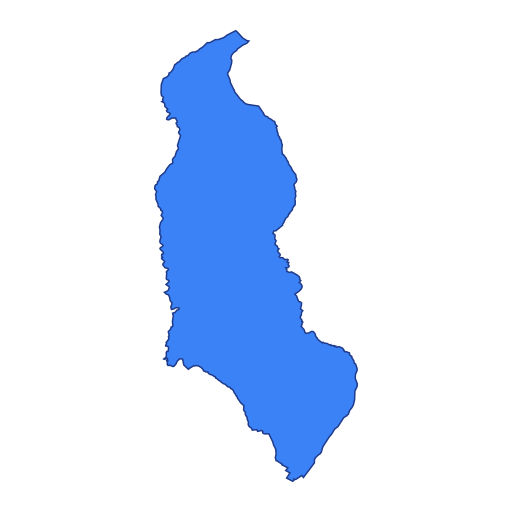 outline of Schela, Gorj, Romania
{"feature_id": "2599482B25991908256991", "entity_name": "Schela", "entity_type": "district", "adm_level": 2, "iso_a3": "ROU", "parent_name": "Romania", "parent_adm1": "Gorj", "projection": "natural_earth1", "projection_center": [23.303, 45.212], "detail": "fine", "context": "isolated", "style": "filled", "palette": "blue", "viewbox_px": 512, "rotation_deg": 0, "n_neighbors": 0, "source": "geoboundaries", "source_scale": "gbopen_adm2", "svg_char_len": 6076}
<svg xmlns="http://www.w3.org/2000/svg" viewBox="0 0 512 512"><path d="M303.4,477.5L314.4,462.9L314.4,460.0L315.4,457.8L318.0,455.2L320.4,453.5L321.4,451.9L322.4,448.1L323.2,446.2L329.3,436.8L331.9,433.7L334.6,429.1L338.0,426.6L343.7,417.6L346.1,416.2L348.3,414.2L349.7,410.4L352.0,407.5L353.4,404.8L354.6,399.6L354.9,391.0L357.1,386.5L357.3,383.8L355.2,378.2L355.5,374.2L357.1,370.5L357.1,368.6L355.6,364.0L354.2,363.1L353.9,360.9L351.8,357.5L351.9,356.6L349.5,354.6L349.5,352.9L346.8,351.9L344.9,351.7L344.1,350.5L343.6,350.5L343.7,349.7L342.7,348.3L340.3,347.1L338.7,346.6L336.7,347.2L335.8,346.7L335.8,346.2L334.7,346.6L333.9,346.0L334.1,345.7L331.0,345.4L330.8,344.7L330.0,345.1L326.9,343.4L324.5,343.2L323.1,342.3L322.7,342.8L321.9,342.6L317.9,339.5L316.9,337.6L315.9,336.7L314.9,333.4L313.1,331.5L311.6,331.4L308.6,333.0L306.2,333.3L304.7,332.3L304.7,331.4L304.0,329.6L301.2,326.3L302.1,324.2L302.0,323.1L302.8,322.3L302.4,321.3L301.8,321.3L301.6,319.5L300.6,318.5L300.2,317.0L300.4,316.3L301.2,315.6L301.6,312.2L302.8,310.7L300.5,308.8L301.4,305.2L301.6,303.1L300.8,302.2L298.5,301.2L296.6,296.1L294.9,294.1L299.2,291.1L301.3,288.9L302.2,286.7L301.8,285.2L300.6,283.5L299.2,282.3L300.8,280.7L299.7,279.4L299.9,278.5L299.3,276.8L296.9,274.8L291.6,271.9L289.5,272.4L286.8,271.5L286.9,269.9L285.8,267.8L287.8,267.7L289.1,266.4L289.0,265.5L288.0,264.3L288.8,262.5L287.0,262.0L288.2,259.8L287.2,259.3L284.7,259.6L282.8,257.7L280.0,257.6L279.2,256.9L280.1,255.3L280.1,254.2L278.0,251.9L277.6,250.5L279.0,248.9L278.1,248.6L277.2,246.1L275.1,244.5L275.2,243.2L276.1,240.7L274.7,238.9L275.1,235.4L274.6,234.4L273.0,233.6L273.1,232.6L274.0,230.9L276.0,230.7L282.6,225.2L282.7,223.9L283.7,222.7L285.5,218.6L287.9,216.4L288.8,214.0L289.6,213.7L289.6,212.9L292.3,209.9L292.5,208.6L293.8,206.0L294.4,205.9L294.9,205.1L295.3,203.9L295.1,202.3L295.3,201.1L294.8,198.8L295.8,196.1L295.4,193.0L295.9,191.4L294.7,189.0L294.7,187.4L294.0,185.8L294.3,184.0L296.3,181.8L296.7,180.3L296.9,179.5L295.9,176.2L295.9,174.9L292.3,170.2L291.1,167.4L288.6,164.0L288.2,162.0L286.8,160.0L286.3,158.4L283.4,154.6L282.4,154.1L281.8,149.4L282.3,144.5L281.7,143.5L281.2,140.5L280.5,139.2L279.7,138.7L279.6,137.2L278.2,135.3L277.9,133.1L277.3,131.8L276.7,128.4L276.2,127.4L277.2,126.2L275.1,123.9L275.2,123.2L274.6,121.4L272.9,120.9L272.2,120.1L269.9,118.6L268.3,118.0L267.7,116.9L264.8,115.7L263.9,114.5L263.8,113.7L258.6,106.1L248.0,104.5L245.5,103.7L243.6,102.2L242.8,101.1L240.7,99.6L234.7,91.9L234.2,89.9L233.4,88.9L230.3,82.3L230.1,80.1L228.0,75.3L227.6,73.0L229.7,70.1L231.6,63.0L231.8,60.2L230.8,58.1L231.5,55.3L233.4,52.8L236.7,50.4L237.4,49.0L243.0,45.0L246.9,43.2L248.9,41.0L246.7,40.5L242.7,38.0L237.5,32.2L235.7,30.7L226.9,35.2L224.0,37.5L218.1,39.6L215.4,39.6L209.9,42.6L207.2,42.7L202.5,47.3L200.0,48.7L197.9,50.7L195.1,52.0L192.3,52.1L189.7,53.4L188.0,55.6L186.0,56.1L185.1,57.2L181.7,58.9L179.0,61.9L177.4,62.5L176.5,63.6L174.8,64.6L173.1,69.2L170.9,72.1L169.0,73.1L168.7,75.2L168.1,75.8L166.5,77.2L163.4,78.5L161.3,84.6L161.0,92.7L161.5,95.6L163.0,96.9L163.4,97.8L162.6,99.3L163.1,100.9L161.8,101.6L164.3,103.0L164.6,103.5L164.9,106.5L167.8,109.1L166.5,110.5L166.9,111.4L167.5,112.1L169.7,113.0L170.0,113.6L170.0,114.3L167.0,117.5L166.6,119.2L167.8,119.8L168.9,119.8L172.1,118.0L175.7,118.1L176.0,119.2L177.2,121.1L177.0,122.1L176.2,122.8L176.2,123.8L176.9,124.4L177.3,126.6L179.2,127.6L179.9,129.6L178.6,132.3L178.7,133.0L180.6,135.5L177.6,144.9L177.5,145.7L178.4,148.1L178.2,149.2L176.5,151.4L175.0,156.5L173.5,157.8L172.5,159.5L172.8,163.0L169.8,164.8L166.8,168.6L164.9,172.1L159.9,176.4L158.8,180.7L157.4,181.9L157.4,183.6L156.8,184.4L155.8,184.7L155.0,185.9L154.7,187.9L154.8,189.1L156.0,190.5L156.6,191.8L155.5,194.8L156.0,196.2L155.9,199.1L158.1,204.2L158.2,206.5L159.1,206.9L159.3,207.5L160.6,208.5L160.8,210.3L162.4,211.2L162.4,212.9L161.1,215.4L163.2,218.1L163.0,219.2L160.6,222.5L159.4,227.1L160.0,229.9L159.8,234.4L160.6,235.5L161.0,236.9L160.0,240.3L159.9,242.0L160.4,243.1L163.1,245.3L162.5,246.6L160.6,247.5L160.0,248.3L160.2,249.2L162.9,251.8L163.6,253.1L163.3,253.8L162.1,254.0L161.7,254.6L161.6,256.1L162.6,257.3L161.6,258.0L161.6,258.6L164.6,261.4L164.4,262.4L163.3,263.2L162.8,264.3L162.9,265.0L165.1,267.8L167.9,268.4L168.5,269.4L166.3,271.9L166.7,273.1L166.3,278.6L166.7,279.5L168.5,280.2L169.2,281.5L166.0,284.5L169.0,286.6L169.4,287.5L168.3,290.1L167.6,290.9L164.4,292.3L166.3,294.1L168.4,294.8L169.4,296.8L170.2,300.6L171.9,302.8L171.5,305.3L170.8,306.9L171.4,309.4L173.8,309.0L175.7,307.8L178.9,307.8L179.0,308.1L178.6,309.7L176.8,310.2L175.1,312.4L172.6,313.2L173.3,316.0L172.4,321.5L172.9,325.9L172.0,327.0L171.3,326.9L170.3,329.6L168.3,331.5L169.1,335.6L168.4,336.8L168.8,337.3L168.7,338.8L168.3,340.0L168.0,340.0L166.2,342.5L166.7,342.9L165.6,345.7L165.9,346.2L166.9,346.0L168.4,346.9L168.5,348.9L168.0,351.4L166.8,351.4L166.3,352.3L166.3,356.0L165.9,357.3L163.7,359.0L164.2,359.3L167.4,358.5L167.8,360.9L167.1,360.9L166.4,359.9L167.4,362.4L167.2,364.2L167.9,365.4L169.2,365.5L169.7,365.1L172.7,366.5L174.0,366.3L176.1,363.7L177.2,361.2L179.7,358.8L182.6,359.1L183.8,365.0L188.4,369.3L189.3,368.4L193.9,365.7L194.5,366.0L196.6,365.5L198.7,366.1L201.1,367.4L202.9,369.4L203.7,371.0L204.9,371.2L205.5,371.9L207.8,371.9L208.5,373.5L211.0,374.8L211.9,374.8L214.3,376.5L215.2,376.6L215.7,378.1L216.4,378.2L219.1,380.6L220.5,381.1L220.8,381.8L223.3,383.6L225.1,384.2L227.6,386.6L230.2,387.5L230.8,388.7L231.7,388.9L233.4,390.6L234.2,392.7L235.1,393.7L236.2,395.8L237.2,396.8L237.4,398.0L240.8,402.9L243.9,405.7L243.6,409.6L244.4,411.4L245.5,412.1L245.2,413.8L245.8,415.5L247.2,417.4L247.1,418.9L248.4,422.1L248.2,424.6L249.1,426.5L251.5,428.2L252.2,430.1L256.9,429.7L257.6,431.4L261.6,430.5L262.8,431.4L262.7,432.9L264.1,433.8L268.9,433.9L272.7,441.8L273.8,445.6L274.8,447.1L275.8,449.7L276.1,454.3L275.3,457.5L276.1,460.7L276.9,460.8L282.3,464.3L282.0,464.8L287.9,467.9L285.7,470.5L289.9,472.9L286.6,478.1L292.8,481.3L293.9,480.3L294.0,479.1L294.8,479.6L296.1,479.2L301.5,475.7L302.0,475.5L303.4,477.5Z" fill="#3b82f6" stroke="#1e3a8a" stroke-width="1.5"/></svg>